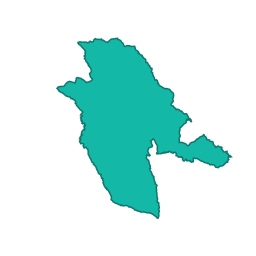 outline of Santo Domingo, Antioquia, Colombia, rotated 44°
{"feature_id": "7082276B22533299830679", "entity_name": "Santo Domingo", "entity_type": "district", "adm_level": 2, "iso_a3": "COL", "parent_name": "Colombia", "parent_adm1": "Antioquia", "projection": "orthographic", "projection_center": [-75.13, 6.474], "detail": "fine", "context": "isolated", "style": "filled", "palette": "teal", "viewbox_px": 256, "rotation_deg": 44, "n_neighbors": 0, "source": "geoboundaries", "source_scale": "gbopen_adm2", "svg_char_len": 5817}
<svg xmlns="http://www.w3.org/2000/svg" viewBox="0 0 256 256"><g transform="rotate(44 128 128)"><path d="M222.3,77.0L220.4,77.0L219.7,78.0L218.3,77.1L216.8,77.7L216.4,76.8L215.4,76.0L214.3,78.1L213.6,78.5L210.8,78.2L210.1,78.4L209.2,76.8L208.6,76.7L207.1,78.0L205.4,78.3L204.9,79.3L204.8,81.0L204.5,81.1L203.0,80.5L201.1,80.6L199.0,79.1L197.9,79.3L196.3,80.7L195.0,80.0L193.1,81.5L190.2,80.4L188.6,80.6L187.5,80.1L187.0,80.3L187.3,82.2L186.5,83.1L186.5,83.6L186.0,84.5L185.8,87.4L185.3,87.9L185.3,91.3L184.8,92.8L184.0,93.7L183.3,95.9L183.7,96.5L183.6,99.1L181.8,99.5L180.4,99.3L176.5,101.1L175.0,102.8L174.2,101.8L172.0,100.1L171.2,97.5L170.2,96.8L169.1,96.6L167.4,94.7L167.0,93.6L166.0,93.0L166.1,92.7L165.2,91.7L165.6,90.5L165.5,86.1L166.1,84.4L165.8,83.3L165.1,82.7L164.9,81.9L165.2,81.4L164.4,81.1L166.2,80.0L166.8,79.3L168.3,79.7L169.7,79.4L168.5,79.1L167.6,78.3L165.7,78.3L165.5,79.1L165.1,79.2L164.5,79.0L163.8,78.2L160.3,77.1L159.8,77.4L159.4,78.4L157.5,79.0L154.8,78.6L154.0,79.5L152.2,79.3L150.0,80.5L149.9,81.3L147.4,80.9L146.5,81.2L145.5,80.7L144.1,81.4L143.0,81.5L142.2,80.3L142.3,79.6L141.7,79.0L142.2,78.4L142.0,77.3L140.1,76.1L138.4,73.0L136.5,71.5L131.9,71.7L131.6,71.5L131.4,70.7L131.3,71.2L127.8,73.2L127.5,74.1L121.0,75.6L119.3,75.2L119.0,74.8L118.6,74.9L118.6,75.3L118.3,75.3L118.0,74.5L116.7,74.1L116.2,73.6L115.0,73.6L114.2,74.7L113.1,74.4L112.3,73.6L110.2,73.2L109.4,72.5L107.9,72.0L107.4,71.2L105.8,71.5L104.8,69.5L103.9,68.6L103.4,69.2L102.4,68.8L101.2,69.1L100.3,68.1L98.9,68.4L96.8,67.5L96.1,67.6L95.7,68.3L95.2,68.4L93.2,66.5L92.4,66.4L91.4,66.9L90.0,66.5L88.7,66.8L87.7,65.9L86.2,66.7L84.7,66.6L84.1,67.1L83.3,67.1L83.2,66.1L81.2,65.9L79.3,66.5L76.1,64.6L73.3,67.4L71.7,67.9L71.3,68.5L70.4,69.0L69.2,71.4L68.7,71.7L67.8,71.6L65.4,70.5L64.2,70.8L62.6,70.3L61.0,70.4L59.1,71.4L58.2,70.7L54.1,75.9L54.0,78.9L53.6,79.7L53.9,80.6L52.3,81.5L49.1,82.1L48.1,82.9L47.1,82.4L46.4,83.8L44.6,85.1L43.9,86.1L42.4,86.4L42.2,88.1L43.0,89.9L42.2,91.5L40.4,91.9L40.1,94.5L38.1,95.4L35.4,98.2L33.5,99.4L32.6,101.3L32.8,101.6L34.8,102.0L36.7,101.4L37.8,101.8L42.0,101.9L44.4,102.6L44.7,103.6L46.8,105.4L46.5,106.7L47.5,106.7L48.5,107.4L48.4,108.3L50.1,108.4L51.8,109.4L52.9,109.1L54.1,109.7L54.7,109.3L55.4,110.2L56.2,110.0L56.5,110.7L57.0,110.5L58.3,110.9L59.0,110.7L60.2,111.2L62.2,112.5L62.5,113.2L62.6,115.7L65.5,117.3L66.2,117.5L67.8,117.3L68.7,118.0L68.8,119.9L68.2,120.6L68.0,121.9L66.6,123.6L66.5,124.3L62.6,124.3L61.5,124.9L60.1,124.8L56.5,126.9L56.2,128.0L57.1,129.2L58.6,132.4L53.6,135.0L52.6,137.1L52.6,140.2L53.1,141.8L52.4,143.2L50.5,145.1L49.2,147.3L49.5,148.9L50.7,148.8L53.0,149.4L57.5,148.1L60.9,148.0L63.3,147.0L64.0,146.2L65.2,146.1L66.6,146.5L67.8,145.4L68.5,145.6L69.9,145.1L71.7,145.2L72.9,146.8L73.6,146.3L74.6,147.3L80.4,148.0L84.1,147.8L84.7,148.4L84.5,150.0L85.0,151.5L85.4,151.0L87.0,151.1L86.4,153.1L86.7,153.6L87.7,153.6L88.5,154.9L89.6,154.5L89.7,155.4L90.9,155.4L91.5,156.6L92.7,156.4L92.7,155.8L93.3,154.8L94.7,155.5L94.8,156.2L95.5,155.8L95.7,156.4L95.3,156.8L95.3,157.6L97.5,158.7L97.3,159.2L97.9,159.4L97.3,160.1L97.1,161.3L97.6,163.3L98.8,164.6L99.0,165.4L100.0,164.9L99.9,167.9L100.3,168.4L100.9,168.4L100.8,169.2L101.3,168.9L101.8,169.0L101.7,169.6L102.3,170.0L102.2,170.9L102.9,171.6L104.1,171.6L104.8,172.2L106.2,170.6L107.2,170.4L107.7,170.7L108.1,172.1L109.1,172.2L110.2,172.9L110.6,172.5L110.7,171.4L111.1,171.1L114.1,171.4L115.1,172.0L117.7,174.6L118.5,174.7L120.5,175.6L123.8,176.6L125.7,177.6L127.6,177.1L128.2,178.1L131.6,178.1L134.7,179.7L136.2,179.8L137.5,180.9L139.5,181.1L140.2,180.4L141.0,180.2L141.4,181.1L143.1,181.8L143.8,182.5L145.0,181.8L145.6,182.9L147.8,183.7L147.9,184.6L150.9,186.0L153.7,186.8L154.6,186.0L155.4,187.0L156.9,186.6L160.1,187.5L164.1,189.1L165.7,191.3L167.1,191.1L168.8,191.4L172.0,190.5L172.9,189.7L174.1,189.7L175.6,188.9L176.9,188.7L176.8,187.9L178.6,187.4L180.8,184.7L182.0,184.2L183.8,184.1L185.3,182.6L186.8,182.6L187.9,182.0L189.9,182.3L190.7,181.5L192.3,181.2L194.2,179.8L195.5,179.7L197.8,177.3L201.2,175.4L202.0,174.0L203.0,174.0L204.0,173.3L206.3,172.8L209.8,172.3L211.5,172.5L212.1,172.2L212.3,171.7L211.1,169.6L209.3,168.1L208.3,166.0L206.5,165.2L205.8,163.4L204.1,162.4L202.1,160.5L201.6,160.4L200.9,161.0L200.0,160.6L198.4,158.3L196.4,157.1L193.6,154.5L192.6,154.0L191.9,152.9L189.4,151.0L188.8,149.2L187.5,149.0L186.4,149.3L186.0,148.6L182.4,147.0L181.7,146.1L180.8,146.0L180.6,145.1L179.8,144.9L178.7,145.1L175.1,143.4L173.5,143.2L171.9,142.2L172.3,141.5L171.4,141.0L170.5,139.8L169.4,139.6L165.1,136.9L164.0,137.3L162.0,136.8L160.4,134.7L160.3,134.1L161.5,133.9L162.9,133.0L162.9,132.3L161.3,132.2L158.1,130.9L156.9,128.1L157.6,126.1L158.3,125.1L158.2,124.2L157.7,123.6L155.7,122.9L155.0,122.1L153.3,121.8L153.7,120.4L153.6,118.4L155.4,118.3L158.5,119.6L161.7,120.4L163.2,122.4L164.9,123.9L165.9,124.4L166.0,126.1L166.5,126.6L167.9,125.5L168.6,124.1L169.3,123.9L170.1,122.7L170.0,122.0L170.5,121.8L170.6,121.0L171.0,121.1L171.1,120.6L171.5,120.5L171.4,119.8L171.7,119.9L171.8,119.5L172.5,119.6L173.3,117.4L173.4,117.8L173.7,117.7L173.8,116.5L175.7,115.4L176.2,115.6L176.3,115.0L178.0,114.8L178.3,112.9L180.4,112.7L181.8,114.5L182.4,114.0L184.7,113.8L186.1,111.9L186.5,112.3L187.7,111.3L189.4,113.0L191.0,113.0L191.4,112.6L191.4,110.3L193.3,110.7L193.5,109.8L194.1,109.6L194.5,109.0L195.3,109.0L195.7,108.3L197.2,108.7L197.8,107.8L197.7,107.4L198.3,107.2L198.2,106.6L196.0,104.4L196.6,103.7L197.9,103.1L198.4,102.3L199.7,101.7L203.8,100.9L204.7,100.1L206.9,99.8L208.8,98.5L210.3,98.1L210.7,97.4L212.6,97.5L213.1,97.2L213.6,96.0L214.5,95.8L215.0,95.1L215.9,94.7L218.2,95.3L220.5,93.8L220.5,92.6L221.0,91.2L222.1,89.8L222.6,88.4L222.3,86.9L222.7,86.1L222.4,84.1L223.4,83.5L222.4,82.0L222.4,80.7L221.6,80.7L220.4,79.4L220.5,78.8L221.4,78.2L222.3,77.0Z" fill="#14b8a6" stroke="#0f766e" stroke-width="1.5"/></g></svg>